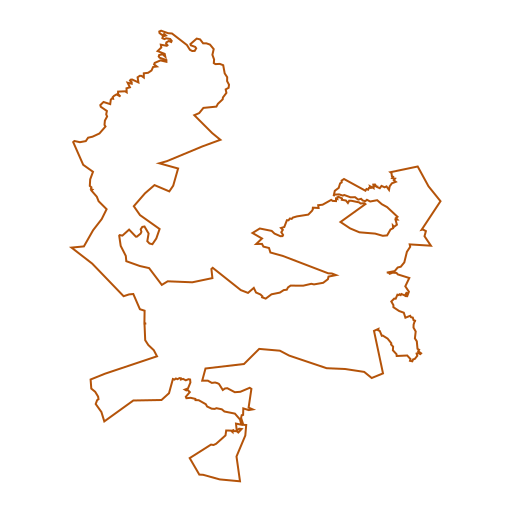 Miahuatlán de Porfirio Díaz, Oaxaca, Mexico, rotated 90°
{"feature_id": "50627088B48092332426149", "entity_name": "Miahuatlán de Porfirio Díaz", "entity_type": "district", "adm_level": 2, "iso_a3": "MEX", "parent_name": "Mexico", "parent_adm1": "Oaxaca", "projection": "equal_earth", "projection_center": [-96.649, 16.361], "detail": "fine", "context": "isolated", "style": "outline", "palette": "amber", "viewbox_px": 512, "rotation_deg": 90, "n_neighbors": 0, "source": "geoboundaries", "source_scale": "gbopen_adm2", "svg_char_len": 6043}
<svg xmlns="http://www.w3.org/2000/svg" viewBox="0 0 512 512"><g transform="rotate(90 256 256)"><path d="M201.2,71.5L186.3,83.5L166.5,94.3L172.2,121.6L173.1,120.5L176.2,120.1L176.7,119.0L178.1,119.9L178.6,117.0L180.2,118.2L181.8,116.2L183.3,120.1L186.3,122.3L189.9,123.0L186.4,125.5L187.3,127.4L185.9,130.5L188.2,132.2L186.8,135.4L184.5,137.0L184.6,138.7L185.9,138.5L186.2,136.9L186.9,138.7L188.1,138.5L186.2,142.0L187.9,141.5L187.8,143.0L189.7,143.9L189.0,145.5L190.7,146.6L179.0,168.0L180.6,170.4L182.4,170.3L183.4,171.9L187.9,173.3L190.8,177.2L196.1,178.4L194.6,177.4L194.4,172.9L195.6,169.1L195.0,167.8L197.3,161.5L197.2,156.9L199.6,153.8L198.8,150.9L200.5,149.3L201.2,146.7L199.8,145.1L201.5,141.8L200.2,134.8L204.2,130.2L207.1,124.9L216.8,114.5L218.0,116.0L219.6,114.6L219.6,116.5L224.7,115.1L226.8,117.9L225.5,119.1L228.2,118.9L229.5,121.5L235.4,124.9L235.8,129.2L233.6,136.9L232.3,152.6L228.4,161.9L222.0,171.5L204.1,146.6L203.2,147.7L203.5,151.5L202.4,152.8L200.8,160.4L200.7,162.8L203.0,164.1L200.5,166.1L199.8,170.2L198.4,170.0L196.8,173.6L197.3,174.7L199.1,174.6L198.6,176.0L201.1,176.0L200.9,179.4L199.9,180.8L204.7,189.4L205.2,193.8L208.0,193.4L207.6,199.9L208.3,198.7L210.7,199.9L214.6,203.7L216.4,215.1L217.6,219.2L218.9,220.3L218.5,222.1L220.3,223.5L220.2,225.1L227.0,227.7L228.0,231.0L229.9,229.2L232.2,230.7L235.0,228.9L236.1,229.5L236.2,231.6L233.6,237.5L230.9,240.3L228.5,252.2L233.0,259.5L238.5,250.0L244.0,255.8L243.9,250.0L246.6,248.6L248.0,243.0L252.5,241.6L255.9,229.3L273.3,183.8L273.5,180.1L275.1,176.0L276.6,183.5L279.2,184.1L282.8,188.8L284.4,198.0L283.8,200.7L285.7,208.9L285.6,221.4L287.4,224.0L289.7,225.2L290.1,228.3L292.6,232.1L294.3,240.5L298.6,246.3L297.3,249.9L296.3,249.6L294.5,251.5L292.5,256.0L287.9,258.2L292.9,264.0L290.1,271.2L267.8,299.3L269.0,300.6L278.1,299.6L282.3,319.7L281.3,344.3L284.9,350.2L268.1,362.9L266.0,372.2L261.2,385.7L255.9,386.2L245.9,391.3L235.7,392.8L235.1,392.3L235.6,389.6L229.6,382.9L236.7,376.1L236.7,375.2L233.6,371.4L231.8,370.6L229.3,371.3L226.9,369.7L226.5,367.5L233.5,363.4L241.2,364.7L243.5,362.5L244.2,359.6L238.5,355.7L229.0,352.4L215.1,372.0L206.2,378.2L193.3,367.0L185.1,357.5L191.4,342.7L185.7,338.8L168.5,333.9L163.3,352.7L161.2,345.2L146.4,309.6L139.8,291.6L133.1,299.8L115.2,317.7L113.1,312.8L107.9,308.6L106.6,295.6L103.8,294.1L99.3,289.3L97.5,289.1L92.9,285.6L89.4,286.3L87.8,283.4L84.7,283.0L81.1,284.9L77.2,284.8L73.4,287.3L65.2,288.8L63.9,292.2L64.1,296.6L63.1,298.2L59.5,297.9L54.8,299.6L49.1,298.3L44.6,302.0L43.3,305.7L43.3,308.9L39.4,311.9L38.6,315.3L44.1,321.6L45.3,321.2L46.9,316.8L48.3,315.8L50.9,317.3L51.0,319.8L49.8,322.1L45.0,325.1L33.5,340.0L33.2,343.9L30.7,350.9L31.5,352.7L33.0,352.5L34.8,350.2L34.9,348.7L34.0,347.9L35.5,346.1L36.4,349.2L38.2,349.6L39.1,347.5L38.3,345.9L39.0,341.8L40.9,340.3L42.0,340.8L41.0,343.2L42.4,345.6L43.6,345.9L45.2,344.5L45.8,345.2L44.7,351.2L47.5,350.7L51.1,354.4L53.9,347.3L56.7,346.7L54.3,349.4L55.0,352.8L56.5,353.3L57.7,352.4L60.1,345.6L61.8,345.6L60.4,351.5L62.9,357.3L64.4,357.9L66.5,355.2L67.0,358.9L70.5,360.5L72.8,363.9L73.3,368.2L77.5,368.2L75.9,370.5L75.8,372.2L77.3,374.4L82.4,373.6L79.5,379.9L79.7,381.4L80.6,382.0L82.2,380.3L83.7,380.3L82.7,384.4L87.3,382.1L88.3,385.5L92.3,385.3L91.3,386.9L91.6,393.9L93.9,394.0L96.5,391.6L94.4,395.5L95.9,398.0L97.1,399.2L98.7,398.9L98.5,400.1L99.7,401.2L104.1,401.8L102.0,408.5L105.1,411.7L106.8,411.2L111.0,405.1L114.3,405.8L116.5,404.9L120.6,407.1L124.9,407.5L126.5,406.5L133.5,412.6L136.7,419.5L137.7,423.9L141.1,426.2L142.2,432.1L141.0,437.6L142.1,438.8L164.8,428.8L171.8,419.0L179.3,421.8L185.9,422.2L187.3,420.6L189.0,421.1L189.6,419.6L190.5,420.6L196.7,415.2L201.2,413.4L209.2,405.4L219.1,410.3L230.2,418.9L246.4,428.1L247.6,440.5L263.6,419.8L296.2,388.4L294.4,382.9L294.0,378.7L309.2,372.1L310.7,367.4L323.5,367.6L323.4,365.8L323.8,367.5L340.2,366.8L345.0,363.7L350.2,358.2L356.3,355.0L373.7,407.0L379.5,421.4L388.6,420.7L391.8,416.8L396.6,413.9L399.2,413.5L400.2,414.9L404.0,416.3L412.0,410.6L421.4,407.7L400.5,378.7L400.0,350.5L393.2,343.0L379.0,339.1L379.6,337.5L378.5,336.1L379.2,334.6L378.1,332.5L378.3,331.1L379.5,331.1L378.9,328.9L380.3,326.2L379.2,323.5L379.5,321.9L382.5,321.6L388.4,324.0L389.6,327.1L390.4,325.7L390.0,324.3L392.1,322.2L396.8,326.2L398.2,325.6L397.8,321.4L398.9,316.6L400.1,316.5L400.2,313.3L404.2,306.2L406.5,304.9L408.7,300.3L408.9,297.3L408.2,295.6L409.3,290.2L411.5,287.6L413.6,277.1L419.5,272.0L424.7,270.6L423.6,276.0L430.4,275.3L428.7,272.8L429.0,270.4L432.5,273.7L431.2,275.2L431.1,278.6L430.2,278.7L430.5,279.6L432.0,279.5L430.6,281.1L430.5,285.8L435.4,286.5L443.8,295.9L445.0,298.5L444.6,301.0L458.1,322.3L474.6,312.7L474.8,308.9L479.4,292.3L481.3,272.0L456.5,275.5L435.5,266.7L425.0,265.8L424.8,268.7L417.9,270.9L415.2,270.3L414.9,268.9L408.4,268.7L410.1,263.3L409.4,259.3L407.6,263.4L388.9,260.6L387.8,262.3L391.8,271.7L392.2,277.2L388.2,284.7L388.5,287.1L390.0,289.2L384.0,293.0L383.2,294.5L382.5,296.9L382.9,300.2L380.7,304.1L380.7,309.8L368.5,306.5L364.0,268.0L348.9,252.8L350.7,232.1L355.6,222.8L368.2,185.4L369.0,166.9L371.9,147.8L378.0,140.3L373.4,129.0L330.9,138.0L328.9,133.6L330.3,133.8L331.0,132.2L335.8,130.2L335.6,129.2L338.6,124.4L343.2,120.7L344.5,120.9L346.6,118.9L350.3,119.1L354.2,115.5L356.0,115.3L355.5,104.8L359.1,101.5L360.8,102.0L361.3,99.7L359.4,98.9L358.9,97.2L355.8,94.7L353.5,95.4L353.0,94.0L354.1,91.7L353.3,90.9L351.2,93.8L349.8,92.9L348.8,94.5L341.3,95.2L338.4,97.1L331.5,96.3L327.6,98.5L324.6,98.4L320.9,97.2L321.0,96.1L320.1,98.5L317.6,99.2L317.2,101.0L315.8,101.8L317.7,106.6L312.7,108.2L311.0,112.9L307.2,118.6L305.1,118.6L301.5,120.7L298.6,117.8L298.7,116.3L294.7,114.6L295.1,113.3L294.3,112.5L295.1,111.3L294.0,110.6L295.5,107.1L292.1,105.1L296.1,106.1L296.2,104.8L291.7,103.1L286.3,106.7L278.0,102.7L274.4,114.2L272.9,115.5L272.7,119.4L273.8,122.3L272.6,123.4L272.6,125.2L271.1,117.3L267.5,114.3L266.7,111.2L262.4,107.7L251.8,105.1L246.8,101.8L244.4,102.3L245.7,81.1L236.2,87.5L231.1,86.1L229.5,89.1L229.8,90.4L201.2,71.5Z" fill="none" stroke="#b45309" stroke-width="2"/></g></svg>